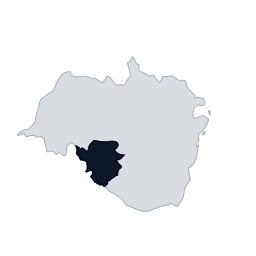 Preah Vihéar on a map of Cambodia (Mercator projection), rotated 217°
{"feature_id": "KHM-1791", "entity_name": "Preah Vihéar", "entity_type": "Province", "adm_level": 1, "iso_a3": "KHM", "parent_name": "Cambodia", "parent_adm1": "", "projection": "mercator", "projection_center": [105.055, 13.778], "detail": "fine", "context": "in_parent", "style": "filled", "palette": "ink", "viewbox_px": 256, "rotation_deg": 217, "n_neighbors": 0, "source": "natural_earth", "source_scale": "10m", "svg_char_len": 5309}
<svg xmlns="http://www.w3.org/2000/svg" viewBox="0 0 256 256"><g transform="rotate(217 128 128)"><path d="M211.8,55.8L212.4,57.7L211.0,61.2L209.5,64.5L206.8,67.2L206.6,69.3L205.7,75.4L206.0,77.4L206.7,79.1L207.6,80.0L210.0,85.9L212.2,91.4L214.3,95.9L214.7,98.7L212.7,105.9L210.4,112.4L210.6,115.7L211.6,119.0L212.6,123.3L213.0,128.9L212.5,132.5L211.4,134.8L209.4,137.1L207.7,138.3L205.6,136.3L204.0,136.2L201.8,136.8L200.0,137.7L196.5,141.1L192.5,144.4L187.1,145.3L185.0,147.7L182.7,148.1L178.4,148.2L175.6,148.8L175.7,150.0L175.5,155.8L175.5,157.2L175.1,157.5L173.2,157.7L169.9,156.8L165.4,155.4L162.2,155.1L160.6,157.7L159.6,158.7L158.4,158.8L157.1,159.3L156.7,160.4L156.6,161.8L157.2,164.2L157.5,168.1L157.3,170.7L158.5,172.3L165.3,177.9L167.3,179.3L167.5,180.1L166.3,183.1L167.4,187.3L165.3,187.3L161.7,185.5L160.0,184.3L157.9,185.2L157.2,185.1L155.8,183.0L154.0,180.8L152.1,180.7L148.1,181.5L144.1,182.1L142.5,182.1L141.9,182.5L139.5,185.7L138.5,185.1L134.5,183.9L130.7,183.5L130.0,184.3L130.4,186.9L131.2,189.4L130.7,190.5L128.7,191.8L126.0,194.2L124.3,196.0L123.2,196.5L119.0,196.4L114.9,196.7L113.3,198.4L111.7,199.8L110.4,200.2L105.0,195.8L94.4,194.3L93.2,192.4L92.2,192.0L91.2,194.5L85.3,196.9L82.9,195.4L81.1,193.7L81.4,191.6L83.1,189.8L86.0,188.6L87.3,184.2L85.1,178.5L83.2,176.9L81.1,175.6L78.9,177.7L77.1,181.3L75.2,183.1L72.6,183.5L68.7,183.4L67.1,178.0L66.6,173.4L67.2,168.2L67.8,165.1L64.0,160.8L63.8,156.7L62.0,154.6L61.4,155.7L61.5,156.9L61.0,156.0L55.0,144.0L54.0,138.5L55.0,134.2L55.6,132.7L53.9,130.5L51.5,127.9L47.2,124.5L46.9,119.2L46.0,112.9L44.7,110.8L42.7,106.9L41.7,103.7L41.3,95.2L41.9,94.6L44.9,94.3L48.8,93.7L49.4,92.3L48.7,91.2L51.2,89.3L54.7,85.1L57.5,80.6L59.5,77.9L60.7,75.1L64.7,71.2L70.2,68.5L73.9,67.8L77.8,66.9L81.6,65.6L83.3,65.5L88.0,67.1L90.5,67.5L93.1,67.4L95.8,67.6L98.2,67.4L103.9,66.3L109.9,67.2L115.3,66.5L122.0,65.2L125.3,66.0L128.2,67.3L128.7,69.9L129.3,71.1L130.3,72.0L131.7,72.0L133.4,70.2L134.8,68.3L135.2,68.0L135.3,68.9L136.0,70.9L137.3,72.9L138.6,74.3L140.7,76.0L142.1,76.1L146.7,74.4L153.5,76.8L154.3,78.1L156.5,80.5L158.9,82.3L164.2,82.4L166.1,78.1L165.2,75.4L162.2,70.8L161.3,68.1L162.3,67.6L167.4,67.1L168.3,66.6L169.4,63.6L170.8,63.9L173.7,64.3L176.7,62.3L178.5,60.1L179.4,61.1L180.5,62.6L181.7,63.5L183.8,64.8L186.2,66.6L187.7,68.4L188.9,69.1L192.0,68.6L192.8,68.6L194.6,66.5L195.8,65.3L196.9,65.7L198.4,65.6L201.6,62.9L203.4,60.4L204.4,59.7L207.3,60.9L208.4,60.7L210.1,57.2L211.8,55.8ZM65.1,171.0L64.5,171.3L64.0,171.3L63.4,170.8L63.5,168.9L63.9,167.7L64.8,167.5L65.1,171.0ZM74.1,189.9L72.9,191.2L70.9,188.5L71.0,187.8L74.1,189.9Z" fill="#d9dde1" stroke="#a8b0b8" stroke-width="1"/><path d="M121.7,64.8L122.3,64.9L122.7,65.2L123.2,65.5L123.7,65.8L123.9,65.8L124.5,65.7L124.9,65.7L125.1,65.8L125.6,66.2L125.9,66.3L126.5,66.4L127.8,66.6L128.4,66.8L128.5,67.3L128.5,67.7L128.4,69.2L128.4,69.5L129.5,71.5L130.1,72.1L130.8,72.5L132.6,71.9L133.6,70.2L134.3,68.5L135.3,68.0L135.3,69.1L135.4,69.9L135.7,70.6L137.7,73.5L138.3,74.1L138.5,74.3L139.0,74.4L139.2,74.6L140.0,75.7L140.3,76.0L140.6,76.1L141.2,76.2L142.1,76.2L143.1,76.1L144.0,75.8L144.8,75.2L145.3,75.1L145.8,74.8L146.7,74.2L147.0,74.3L147.2,74.5L147.4,74.8L147.6,75.0L148.1,74.8L148.7,75.1L149.2,75.6L149.5,76.2L150.0,75.9L150.3,75.9L150.7,76.1L151.2,76.3L151.6,76.4L152.4,76.3L152.7,76.3L153.6,76.8L154.1,77.6L154.5,78.5L155.0,79.4L157.9,81.9L158.6,82.3L158.4,82.4L158.1,82.5L157.4,82.6L153.6,82.6L153.0,82.7L152.8,82.7L152.7,82.8L152.5,83.1L152.4,83.4L152.4,83.6L152.5,83.7L152.5,83.8L152.6,84.0L152.5,84.3L152.3,84.4L152.0,84.6L151.8,84.6L151.7,84.6L151.4,84.3L151.3,84.2L151.2,84.2L150.8,84.3L150.4,84.3L150.2,84.4L149.9,84.7L149.8,84.8L149.7,84.8L149.4,84.7L149.1,84.1L148.9,84.0L148.8,83.9L148.7,83.9L148.4,83.8L148.2,83.9L147.9,83.9L147.8,84.0L147.6,84.1L147.2,84.6L146.9,84.8L146.7,85.0L146.5,85.3L146.4,85.6L146.6,87.1L146.5,87.4L146.5,87.6L146.7,88.0L146.9,88.3L147.1,88.5L147.3,88.6L147.5,88.9L147.6,89.1L148.0,90.1L148.2,92.0L147.8,96.7L147.1,97.7L142.7,100.0L141.9,100.3L135.4,104.9L135.3,105.0L134.9,105.7L134.6,106.0L132.4,108.0L129.1,109.6L127.2,109.4L126.5,109.1L126.1,108.8L125.9,108.6L125.8,108.3L125.5,107.7L125.3,107.0L125.2,105.7L125.4,104.1L125.6,103.5L125.9,102.8L126.0,102.6L126.0,102.3L125.8,102.1L125.5,102.0L122.3,101.4L120.3,101.4L119.2,101.7L118.1,102.1L114.9,103.9L115.4,99.5L115.6,98.8L116.0,98.1L118.7,94.4L118.8,94.2L118.7,94.0L118.2,94.2L118.0,94.3L117.2,94.6L116.8,94.6L114.0,93.8L111.1,93.4L110.5,93.3L110.4,93.2L110.1,92.9L110.0,92.7L109.9,92.5L109.9,92.2L109.9,91.6L110.0,91.2L110.4,90.4L110.5,90.1L110.5,89.7L110.3,88.0L110.2,87.7L110.0,87.3L109.8,87.1L109.8,86.8L109.6,86.1L109.4,85.9L109.2,85.7L109.0,85.1L108.8,84.9L108.7,84.7L108.1,84.6L108.0,84.4L109.2,82.6L109.4,82.4L109.5,82.1L109.5,81.7L109.5,81.4L109.6,81.0L111.1,76.8L111.2,75.2L111.5,74.6L111.8,74.1L112.0,73.9L112.6,73.5L112.7,73.3L112.8,73.2L112.7,73.1L111.9,72.4L110.9,71.2L110.8,70.9L110.9,70.7L111.1,70.6L111.3,70.3L111.3,70.0L111.3,68.9L111.5,68.2L111.5,67.6L111.8,67.5L112.0,67.3L112.2,67.2L112.6,67.1L113.2,67.2L113.7,67.4L114.2,67.5L114.9,67.3L115.3,66.8L115.6,66.3L115.9,65.8L116.5,65.5L117.0,65.5L117.8,65.9L118.4,65.9L118.6,65.7L118.9,65.2L119.2,65.0L119.4,65.2L119.6,65.8L119.8,66.0L120.3,65.8L121.3,65.1L121.7,64.8Z" fill="#0f172a" stroke="#020617" stroke-width="1.5"/></g></svg>